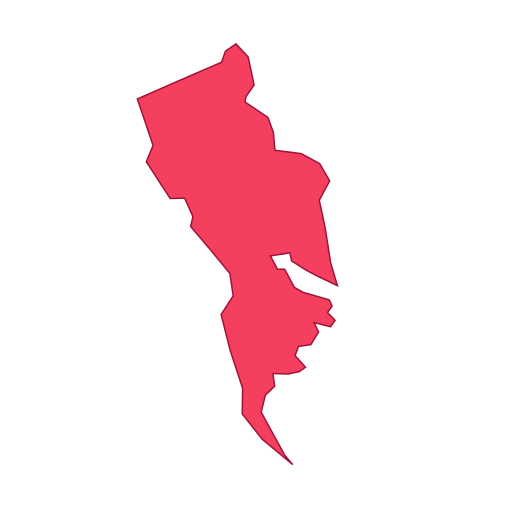 the state/province of North, rotated 78°
{"feature_id": "HKG-5168", "entity_name": "North", "entity_type": "state/province", "adm_level": 1, "iso_a3": "HKG", "parent_name": "Hong Kong S.A.R.", "parent_adm1": "", "projection": "orthographic", "projection_center": [114.21, 22.516], "detail": "fine", "context": "isolated", "style": "filled", "palette": "rose", "viewbox_px": 512, "rotation_deg": 78, "n_neighbors": 0, "source": "natural_earth", "source_scale": "10m", "svg_char_len": 918}
<svg xmlns="http://www.w3.org/2000/svg" viewBox="0 0 512 512"><g transform="rotate(78 256 256)"><path d="M197.9,168.3L214.5,182.5L243.0,182.5L278.2,184.4L293.6,183.2L301.9,182.5L289.2,199.2L280.7,209.5L268.3,222.2L260.0,222.2L258.9,241.9L273.5,237.7L274.8,230.7L294.6,225.0L301.2,217.7L314.2,193.4L320.8,192.0L326.1,197.8L335.4,192.0L340.7,197.8L333.2,213.1L343.3,210.6L354.1,220.8L353.3,233.2L361.6,238.5L375.1,230.7L378.1,237.7L378.1,249.2L374.5,263.9L387.2,264.8L394.1,275.8L409.8,283.4L457.2,269.2L467.7,263.4L436.6,288.0L407.6,302.3L382.5,296.6L342.9,300.9L306.0,302.3L290.2,286.6L267.7,285.2L242.7,298.1L213.6,313.8L204.4,309.5L184.6,313.8L181.9,328.0L141.0,343.7L126.5,333.7L77.7,339.4L68.5,295.1L59.3,249.4L49.3,243.3L44.3,231.5L59.7,222.3L88.4,222.3L97.8,232.5L103.0,234.8L123.0,215.5L138.7,213.3L156.5,215.5L165.3,190.4L178.9,174.5L197.9,168.3Z" fill="#f43f5e" stroke="#9f1239" stroke-width="1.5"/></g></svg>